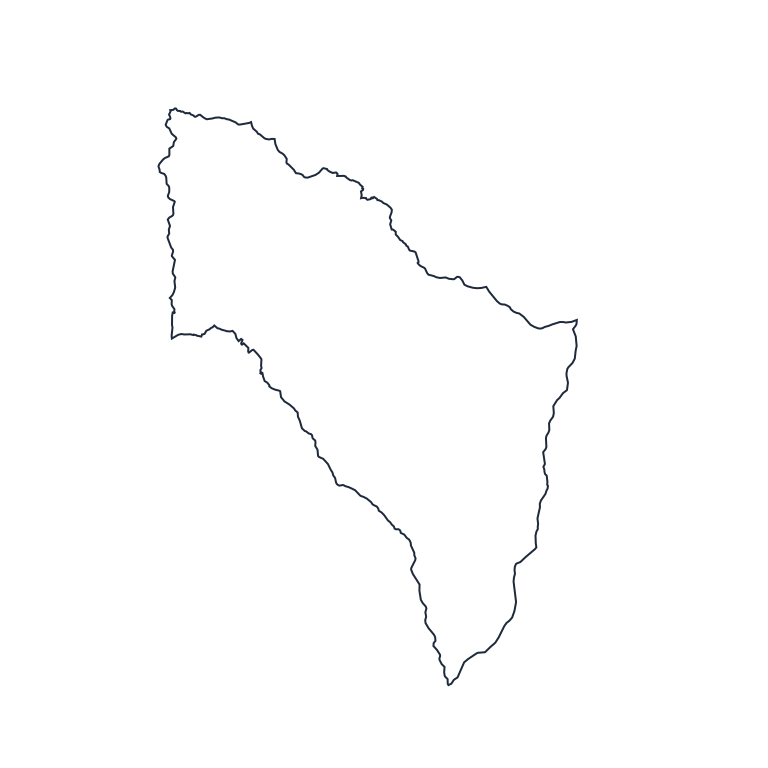 outline of Hodac, Mures, Romania, rotated 80°
{"feature_id": "2599482B70822434260809", "entity_name": "Hodac", "entity_type": "district", "adm_level": 2, "iso_a3": "ROU", "parent_name": "Romania", "parent_adm1": "Mures", "projection": "orthographic", "projection_center": [24.985, 46.821], "detail": "fine", "context": "isolated", "style": "outline", "palette": "slate", "viewbox_px": 768, "rotation_deg": 80, "n_neighbors": 0, "source": "geoboundaries", "source_scale": "gbopen_adm2", "svg_char_len": 6125}
<svg xmlns="http://www.w3.org/2000/svg" viewBox="0 0 768 768"><g transform="rotate(80 384 384)"><path d="M685.7,362.5L672.0,353.4L669.4,348.8L665.4,339.7L665.0,338.4L665.7,331.1L661.6,325.1L658.1,319.3L653.5,315.1L643.2,307.5L640.5,304.7L639.0,301.8L636.3,298.4L630.3,295.0L621.7,291.8L601.0,290.7L597.1,289.6L593.7,288.0L589.5,287.7L586.6,286.8L584.3,285.4L583.7,284.2L583.0,280.6L579.1,274.7L572.7,263.8L571.3,262.3L567.3,262.2L559.5,261.1L555.6,259.4L553.6,257.7L551.3,257.4L548.6,256.5L543.0,256.2L532.4,251.8L529.1,251.4L526.0,249.7L520.3,244.1L517.2,242.5L515.5,241.1L512.7,240.2L511.5,240.8L509.0,240.1L503.2,239.7L502.2,239.8L500.9,240.9L499.0,241.2L495.8,241.0L493.2,241.4L490.7,239.4L478.8,239.1L476.0,236.0L474.1,235.0L465.4,233.9L463.1,232.9L460.4,230.5L458.1,229.2L451.5,228.3L449.0,226.7L445.6,223.2L442.1,221.8L435.2,221.1L429.9,216.3L428.3,213.7L424.0,209.2L421.9,205.0L421.0,204.6L414.7,202.6L407.6,202.8L405.0,202.4L401.1,200.9L399.6,199.6L395.9,194.6L392.1,191.7L384.3,189.4L380.0,187.7L370.5,186.9L362.9,188.4L359.6,184.9L358.3,184.0L354.4,183.0L355.4,188.4L355.0,194.5L354.2,196.3L353.5,199.9L354.5,207.8L355.4,212.0L355.7,215.8L356.5,218.1L356.6,220.3L355.9,222.7L353.6,226.4L351.0,229.5L342.2,234.7L338.1,238.5L336.9,241.3L335.1,243.9L332.4,246.1L330.3,246.7L328.5,248.6L326.8,251.1L325.9,254.5L324.7,256.2L321.8,258.5L311.2,264.4L306.1,266.4L306.3,271.7L305.8,275.9L304.6,279.9L302.2,284.9L300.1,287.6L295.6,288.9L292.1,290.8L291.4,292.1L291.2,293.5L292.8,296.4L292.9,297.6L291.6,301.9L289.8,304.7L289.3,310.5L288.0,313.8L286.4,316.1L284.0,321.3L282.1,322.3L277.5,323.5L276.5,324.3L274.0,327.7L271.1,329.8L270.5,329.8L270.0,328.9L269.1,328.7L260.0,330.0L258.9,330.9L257.1,335.3L256.4,335.8L252.8,336.7L251.7,338.0L250.2,338.3L247.5,340.7L246.5,340.9L245.1,343.0L241.4,344.7L239.3,346.2L238.5,346.5L236.1,346.0L234.1,347.7L233.4,348.5L233.2,349.6L227.8,350.2L224.1,348.4L221.7,349.4L220.7,349.3L216.2,346.7L213.7,346.0L211.5,347.0L207.7,350.1L205.7,353.2L204.1,354.3L202.1,357.1L201.8,358.5L200.5,358.8L198.1,361.3L199.1,362.7L198.2,363.4L198.4,364.2L199.6,365.0L199.7,368.4L198.6,369.3L197.7,369.5L196.9,373.0L197.0,374.3L194.2,373.2L190.3,373.2L189.3,371.0L188.2,370.6L187.5,371.5L186.2,370.8L183.4,373.0L181.5,373.9L177.9,379.4L177.9,380.9L177.1,382.3L174.2,385.1L172.8,385.9L172.7,386.5L172.1,387.2L171.0,394.0L168.8,393.3L167.4,394.4L167.2,398.0L165.3,400.8L163.4,402.6L162.5,402.7L161.0,405.9L161.1,407.0L164.5,411.2L166.2,415.1L167.5,423.2L167.0,425.6L166.3,426.7L164.0,427.9L162.9,429.3L161.9,431.3L161.1,434.1L157.2,435.7L151.4,439.8L149.9,441.4L148.7,441.6L145.4,440.7L141.4,442.4L139.6,443.8L137.2,446.7L134.9,448.0L128.8,449.3L123.7,449.2L123.1,452.0L123.2,454.8L122.0,458.0L121.3,459.0L116.4,463.1L115.9,464.4L113.3,465.6L109.7,468.5L106.7,469.2L103.0,469.4L103.5,471.6L103.5,480.7L103.1,482.5L100.6,484.7L96.5,490.9L96.2,492.3L94.5,495.2L94.2,497.2L92.9,499.9L92.4,504.0L92.7,506.7L92.5,512.6L90.7,515.0L86.9,518.4L86.8,519.8L87.9,522.4L88.1,523.4L87.9,524.0L86.5,525.0L84.9,527.5L83.3,528.4L83.4,530.1L82.8,531.4L83.0,532.5L80.7,535.0L80.6,536.7L79.7,537.4L79.2,539.6L78.2,540.5L76.9,540.8L76.5,541.2L76.3,542.1L77.4,543.9L77.2,547.0L78.4,546.8L81.3,548.9L84.1,548.2L85.6,548.3L86.0,548.7L86.1,550.8L86.7,551.5L90.8,554.0L93.0,553.3L95.0,551.1L100.7,549.6L105.0,546.1L106.4,545.9L109.4,549.0L113.0,550.2L114.9,554.5L121.2,555.6L122.4,556.4L123.4,560.4L124.4,562.4L128.1,566.8L129.8,568.0L130.8,568.3L133.9,567.8L136.3,568.0L137.4,566.8L139.0,563.9L141.1,562.9L142.8,562.6L149.1,563.3L151.8,561.6L153.6,561.4L157.7,562.2L161.1,564.2L162.7,564.1L164.6,562.8L167.4,558.8L168.2,558.4L173.2,561.1L179.6,561.8L181.0,562.4L181.7,563.4L182.8,566.5L184.5,568.4L191.2,567.3L194.6,569.1L198.5,569.4L201.3,571.6L202.3,571.8L212.6,569.9L215.3,568.5L216.9,568.7L220.8,570.7L221.5,570.6L225.5,568.3L236.3,572.6L238.6,572.8L242.7,571.0L246.3,572.5L252.8,572.9L256.9,574.9L259.7,576.9L262.1,580.0L264.5,578.4L268.6,579.3L270.3,579.1L273.9,577.4L276.5,578.1L277.1,577.7L277.6,578.0L277.4,579.1L276.9,579.1L276.8,579.6L280.0,580.8L288.9,582.5L291.7,582.5L299.7,584.8L302.4,585.0L299.8,578.1L299.6,574.9L300.6,571.8L301.4,566.1L302.7,563.2L302.3,562.8L303.6,560.0L303.9,559.9L305.6,555.7L303.6,554.6L303.7,553.2L303.4,551.9L300.7,549.7L299.8,546.3L298.7,544.4L298.3,542.8L296.9,541.0L300.2,538.3L300.9,536.5L302.5,534.2L304.1,530.6L304.8,529.7L304.9,528.5L305.5,526.9L305.4,523.9L308.8,521.7L313.2,521.3L316.5,519.7L314.8,516.9L316.1,515.7L319.1,517.6L320.1,517.5L320.5,517.2L320.5,516.6L319.6,515.1L324.9,511.3L328.2,512.1L329.5,511.9L329.7,511.6L327.7,508.0L327.6,506.6L333.2,503.0L337.9,500.5L338.8,500.5L344.8,501.9L347.0,501.8L349.0,503.4L350.9,503.4L352.0,503.9L352.5,503.3L351.7,502.2L352.1,501.8L355.5,501.8L360.4,501.0L362.4,498.7L365.4,497.1L366.4,497.4L368.6,495.4L370.4,492.7L372.6,487.9L373.2,487.5L379.1,487.7L383.9,485.0L387.8,480.7L392.4,476.9L394.8,475.9L397.0,474.0L401.3,474.4L405.5,473.3L413.4,472.5L416.6,470.1L417.2,468.8L419.5,466.9L420.7,464.6L421.9,463.8L425.1,463.7L427.7,461.6L429.7,461.6L433.0,462.5L437.2,460.9L443.4,461.4L444.5,460.8L447.1,456.9L453.1,453.1L459.1,451.4L462.2,450.1L465.1,449.9L468.0,448.5L473.0,448.3L474.6,447.6L475.9,446.4L476.4,445.1L476.3,442.4L476.6,441.4L477.8,440.0L479.5,436.6L481.5,433.7L483.6,430.9L490.0,426.6L491.8,423.5L493.9,420.8L498.1,417.2L500.3,416.3L501.2,415.5L503.5,412.3L505.7,411.3L507.9,411.1L510.1,408.7L513.2,406.6L519.1,403.8L521.1,402.0L523.7,400.8L526.0,399.0L528.2,398.7L529.1,397.7L529.5,395.1L530.3,394.0L531.7,393.4L533.6,393.3L535.8,390.2L539.7,388.2L541.3,386.5L542.8,385.8L545.0,385.3L547.8,385.5L555.5,383.5L557.9,383.9L561.2,383.2L563.0,383.9L570.1,389.2L571.5,389.5L576.0,388.6L587.7,383.8L593.5,385.0L602.8,385.2L606.5,383.9L610.2,381.6L612.3,381.2L616.0,382.9L620.5,382.9L623.7,384.4L626.6,384.6L632.3,382.5L639.8,378.2L642.3,377.6L645.8,377.9L647.8,380.1L650.6,380.8L655.1,378.0L660.2,375.9L661.5,375.9L663.9,377.1L665.4,377.2L670.0,375.8L673.1,373.5L678.3,374.8L681.3,374.9L682.6,374.7L685.7,372.6L690.3,373.3L691.7,372.8L690.8,369.7L687.5,366.6L685.7,362.5Z" fill="none" stroke="#1e293b" stroke-width="2"/></g></svg>